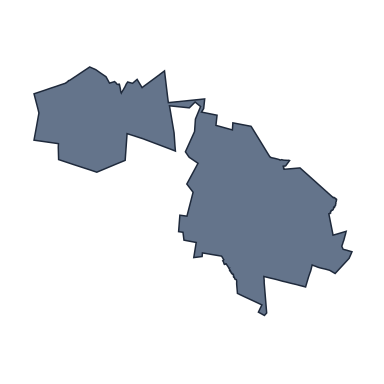 Salinas, San Luis Potosí, Mexico, rotated 273°
{"feature_id": "50627088B4619703066828", "entity_name": "Salinas", "entity_type": "district", "adm_level": 2, "iso_a3": "MEX", "parent_name": "Mexico", "parent_adm1": "San Luis Potosí", "projection": "mercator", "projection_center": [-101.675, 22.823], "detail": "fine", "context": "isolated", "style": "filled", "palette": "slate", "viewbox_px": 384, "rotation_deg": 273, "n_neighbors": 0, "source": "geoboundaries", "source_scale": "gbopen_adm2", "svg_char_len": 4982}
<svg xmlns="http://www.w3.org/2000/svg" viewBox="0 0 384 384"><g transform="rotate(273 192 192)"><path d="M72.5,270.8L75.1,272.9L105.4,268.8L107.5,268.7L109.4,268.4L111.4,268.2L110.0,275.5L109.7,277.3L109.3,279.5L108.8,282.0L107.6,287.3L107.2,289.7L106.9,291.3L106.3,294.2L105.8,296.8L105.5,298.7L103.1,310.4L111.1,312.3L113.9,313.0L117.7,314.1L119.2,314.6L121.1,315.0L122.7,315.3L125.4,315.8L125.0,316.9L124.4,318.9L124.0,320.3L123.8,320.6L123.5,321.6L123.0,323.6L122.4,326.7L122.0,329.2L121.0,333.6L118.1,339.2L134.0,352.4L134.7,352.6L136.4,353.3L140.7,354.9L140.9,354.1L141.1,353.0L141.4,352.0L141.6,350.9L141.9,349.9L142.1,348.9L142.2,348.5L142.3,347.8L142.7,345.9L145.7,344.4L148.0,345.1L150.1,345.6L151.6,346.1L153.0,346.4L155.9,347.0L157.6,347.4L158.6,347.6L159.4,347.7L159.9,347.8L160.8,348.0L157.7,339.3L156.3,335.1L158.4,334.6L177.3,329.8L177.4,330.0L177.5,330.0L177.6,330.6L177.7,330.9L177.8,331.0L177.9,330.9L178.0,330.8L178.2,331.1L178.3,331.3L178.4,331.2L178.5,331.2L178.8,331.3L179.1,331.5L179.4,331.4L179.7,331.5L179.8,331.6L180.0,331.7L180.0,331.8L179.9,331.8L180.0,331.9L180.4,331.8L180.5,331.8L180.8,332.0L181.0,332.3L180.9,332.5L181.0,332.9L181.1,333.1L181.3,333.1L181.5,333.5L181.7,333.8L182.0,333.9L182.4,334.0L182.9,334.1L183.1,334.2L183.3,334.3L183.5,334.5L183.7,334.4L183.8,334.4L183.9,334.5L184.0,334.8L184.1,335.0L184.3,335.0L184.4,334.9L184.5,334.9L184.6,335.1L184.8,335.0L184.8,334.9L184.9,335.0L185.1,335.2L185.2,335.3L185.4,335.4L185.5,335.5L185.7,335.8L185.8,335.8L186.0,335.9L186.1,336.0L186.4,336.1L186.7,336.1L186.8,336.0L187.0,336.0L187.3,336.1L187.5,336.1L187.8,336.1L188.0,336.2L188.2,336.3L188.4,336.2L188.5,336.2L188.9,336.1L189.2,336.2L189.5,336.3L190.0,336.5L190.4,336.5L190.8,336.6L191.4,336.7L192.0,336.8L192.5,336.6L192.6,336.3L192.4,336.1L192.6,335.9L192.8,335.6L193.2,335.5L193.4,335.1L193.5,335.0L193.5,334.9L193.6,334.7L193.8,334.5L193.9,334.3L193.8,334.2L193.8,333.9L194.0,333.7L194.0,333.4L194.1,333.2L193.9,333.1L221.7,298.6L219.5,282.8L219.5,282.7L219.8,282.5L220.0,282.7L220.1,282.8L220.3,282.6L220.4,282.4L220.5,282.4L220.8,282.3L220.9,282.2L221.1,282.3L221.4,282.3L221.4,282.2L221.5,282.2L221.8,282.1L222.1,281.9L222.3,281.8L222.4,281.7L222.6,281.7L222.9,284.1L228.5,287.8L228.6,287.5L228.6,287.3L228.7,287.0L228.7,286.6L228.6,285.5L228.6,284.1L228.6,282.7L228.6,282.0L228.7,281.4L228.7,281.1L228.8,280.7L229.0,280.0L228.9,279.4L228.7,279.1L228.6,278.8L228.6,278.6L228.5,278.4L228.6,278.0L228.8,277.8L228.9,277.5L229.1,276.8L229.4,275.5L229.5,274.9L229.6,274.3L229.8,273.6L229.9,272.8L230.0,272.6L230.0,272.3L230.0,272.1L230.1,271.9L230.1,271.7L230.2,271.2L230.2,270.7L230.4,270.0L230.4,269.8L230.4,269.6L230.5,269.4L230.5,269.2L230.7,268.9L230.8,268.8L230.8,268.6L231.0,268.4L231.2,268.2L231.2,267.9L234.8,265.4L245.3,258.2L258.2,249.3L259.5,248.4L260.7,247.5L263.2,229.2L256.1,229.1L259.8,212.4L270.0,213.0L272.3,197.3L275.9,199.3L285.6,199.8L280.0,163.7L286.6,162.5L311.5,158.2L304.4,149.7L294.2,137.3L293.6,136.7L301.6,131.3L297.5,127.0L297.4,126.9L297.9,124.7L298.5,122.0L297.0,121.1L296.2,120.6L295.1,120.2L294.4,119.9L293.2,119.4L292.1,118.8L290.4,118.0L289.4,117.4L288.8,117.1L287.7,116.5L287.4,116.3L287.1,116.2L287.6,115.9L288.5,115.6L289.4,115.4L291.1,115.1L294.1,114.3L294.7,114.2L294.9,114.1L295.6,113.9L295.8,113.8L296.0,113.5L295.5,113.0L295.4,112.9L295.5,112.7L295.5,112.4L296.0,111.1L296.4,110.8L296.9,110.5L297.1,110.3L297.5,109.8L298.2,108.8L298.1,108.7L296.4,103.9L302.6,100.1L306.1,94.3L309.1,89.6L311.5,83.3L297.1,64.0L296.7,62.7L296.1,62.6L294.3,60.2L294.1,60.2L293.9,59.7L292.2,55.3L290.2,50.4L288.2,45.2L286.0,39.8L281.8,29.1L278.3,30.2L266.6,33.9L265.2,34.3L262.9,35.0L248.5,33.2L235.5,31.5L233.3,56.1L229.9,56.1L217.4,57.1L213.2,72.3L208.7,89.1L206.8,95.9L215.4,113.7L220.1,123.6L246.9,124.1L242.6,140.3L236.8,158.5L233.4,169.1L232.0,173.3L237.0,172.6L250.1,171.0L269.3,166.7L276.9,165.0L275.9,184.9L282.0,190.4L277.8,196.1L265.0,191.6L252.5,191.4L231.8,183.3L227.2,186.8L226.5,187.4L221.0,196.5L199.7,186.4L191.8,193.1L167.6,188.2L168.2,181.1L151.7,180.7L151.3,185.1L143.5,186.5L141.8,198.9L141.4,198.8L126.6,197.2L128.1,205.5L131.7,205.6L129.5,224.9L126.0,227.3L124.9,226.3L124.1,227.0L123.2,227.3L121.9,227.8L121.4,228.1L121.5,228.3L122.0,229.3L121.7,229.4L121.9,230.1L121.2,230.5L120.3,231.1L120.2,231.2L120.2,231.3L119.9,231.5L118.7,232.3L118.4,232.5L118.1,232.7L117.8,232.9L117.8,233.0L117.7,232.9L116.6,233.6L116.2,233.9L116.1,233.7L115.8,233.6L115.7,233.6L115.2,234.0L115.3,234.5L114.6,234.9L114.4,234.7L114.0,235.1L113.7,235.2L112.9,235.7L113.1,236.0L112.7,236.2L112.6,236.3L112.2,236.5L111.9,236.9L112.0,237.6L110.5,237.9L110.4,237.8L110.1,237.8L109.9,238.0L109.7,237.9L109.2,238.0L108.8,238.5L109.0,238.7L108.5,239.0L108.0,239.2L107.8,239.2L107.3,239.4L107.1,239.7L106.8,240.9L106.5,241.0L106.0,241.1L105.3,241.3L102.5,241.4L93.1,242.7L90.4,249.2L87.6,256.2L84.8,263.1L82.9,267.7L78.4,265.8L77.6,265.5L75.5,264.6L72.5,270.8Z" fill="#64748b" stroke="#1e293b" stroke-width="1.5"/></g></svg>